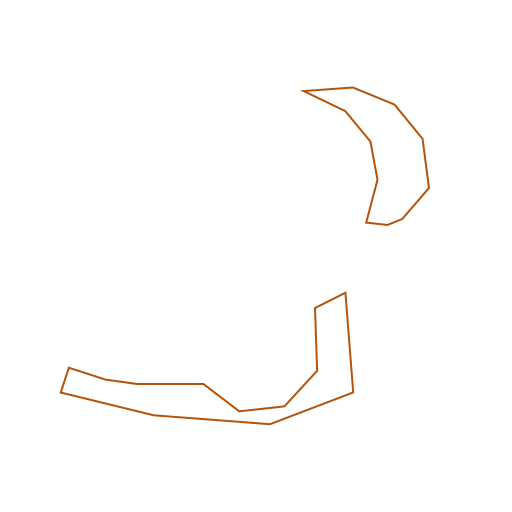 Cocos (Keeling) Islands, Albers equal-area conic projection, rotated 288°
{"feature_id": "IOA-1928", "entity_name": "Cocos (Keeling) Islands", "entity_type": "Province", "adm_level": 1, "iso_a3": "IOA", "parent_name": "Indian Ocean Territories", "parent_adm1": "", "projection": "albers", "projection_center": [96.87, -12.163], "detail": "fine", "context": "isolated", "style": "outline", "palette": "amber", "viewbox_px": 512, "rotation_deg": 288, "n_neighbors": 0, "source": "natural_earth", "source_scale": "10m", "svg_char_len": 474}
<svg xmlns="http://www.w3.org/2000/svg" viewBox="0 0 512 512"><g transform="rotate(288 256 256)"><path d="M224.8,328.2L248.7,352.4L156.3,390.6L100.3,321.2L72.9,208.0L65.8,112.5L91.9,112.5L91.9,150.7L97.5,182.5L118.0,245.5L103.1,288.1L121.8,329.5L165.7,349.6L224.8,328.2ZM374.1,399.5L336.4,383.6L326.2,371.5L321.8,350.5L366.0,348.0L400.2,329.5L421.4,296.1L427.6,250.3L446.2,296.1L442.8,341.0L418.9,378.2L374.1,399.5Z" fill="none" stroke="#b45309" stroke-width="2"/></g></svg>